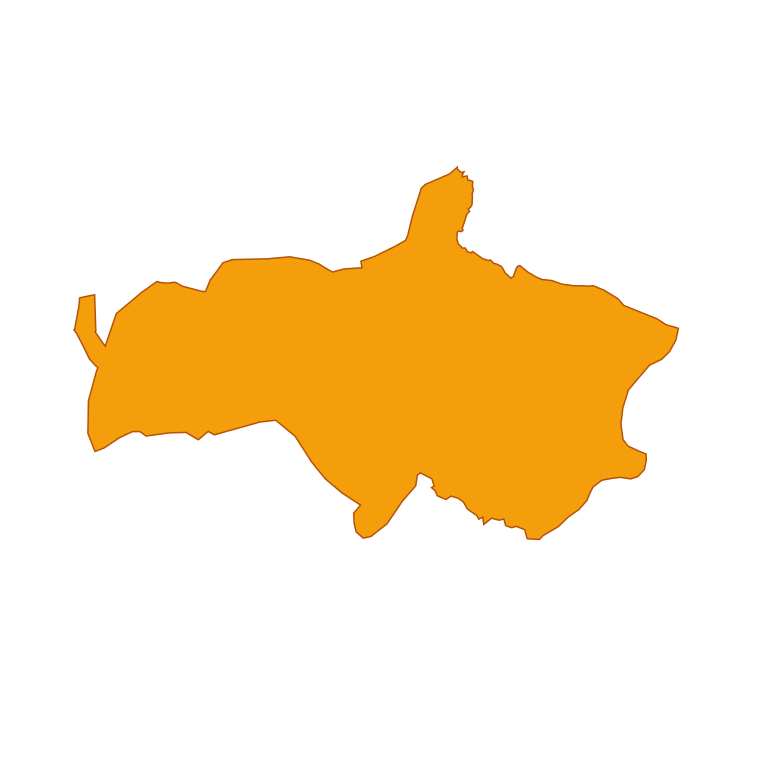 the district of Careysburg, Montserrado, Liberia, rotated 165°
{"feature_id": "62588387B2159992345918", "entity_name": "Careysburg", "entity_type": "district", "adm_level": 2, "iso_a3": "LBR", "parent_name": "Liberia", "parent_adm1": "Montserrado", "projection": "robinson", "projection_center": [-10.552, 6.442], "detail": "fine", "context": "isolated", "style": "filled", "palette": "amber", "viewbox_px": 768, "rotation_deg": 165, "n_neighbors": 0, "source": "geoboundaries", "source_scale": "gbopen_adm2", "svg_char_len": 3251}
<svg xmlns="http://www.w3.org/2000/svg" viewBox="0 0 768 768"><g transform="rotate(165 384 384)"><path d="M508.2,542.8L511.1,540.4L517.1,535.5L518.3,534.6L524.4,529.9L524.7,529.7L532.5,519.5L536.3,520.8L542.0,524.1L553.6,530.7L554.4,531.6L558.4,535.5L559.9,536.5L561.2,536.7L566.3,537.2L566.5,537.2L574.9,540.4L575.5,540.7L575.5,541.1L576.8,541.7L577.3,541.6L594.4,535.2L621.9,522.4L624.4,521.2L642.7,493.9L642.7,494.0L643.6,492.7L649.6,509.2L648.7,509.5L640.4,545.1L648.3,545.6L655.4,546.0L655.5,545.7L655.8,545.7L658.7,537.8L668.5,517.2L669.5,516.6L668.7,514.7L668.5,514.0L667.8,512.4L665.8,503.1L664.1,495.3L663.0,489.4L662.0,484.3L658.4,477.3L657.5,475.9L656.2,473.9L659.0,469.8L667.8,454.6L671.1,449.1L673.9,444.1L682.8,412.9L680.6,393.6L670.7,394.7L653.3,400.6L639.4,403.1L632.1,401.2L629.7,398.3L628.1,396.4L627.3,395.3L605.9,392.6L604.3,392.4L587.8,388.5L577.8,378.2L566.1,383.7L563.1,380.8L560.9,378.8L547.4,379.0L536.7,379.1L513.6,379.4L497.9,377.0L496.8,375.4L483.4,356.6L475.9,333.2L474.2,327.6L465.4,307.9L462.8,304.1L459.5,299.3L453.2,290.2L445.4,281.4L438.0,273.1L446.7,267.1L448.8,257.8L448.9,255.2L449.2,248.4L444.0,240.5L436.2,240.1L417.6,248.0L414.6,250.5L396.3,266.3L379.7,277.4L375.4,287.3L371.9,288.8L362.3,280.0L361.9,272.6L364.9,271.6L362.3,267.7L361.4,262.2L354.0,256.4L348.4,258.4L343.5,255.4L341.9,254.4L337.9,249.5L335.8,241.7L332.5,237.7L328.4,232.8L327.5,228.9L323.1,229.9L324.0,222.5L314.9,226.5L312.1,224.9L307.9,222.6L303.2,222.6L303.1,215.7L297.9,212.2L293.2,212.3L285.8,206.9L285.7,197.5L284.7,197.1L274.1,193.6L269.6,196.4L252.6,201.1L240.6,207.7L228.0,212.4L227.2,213.0L218.1,219.0L213.7,224.9L208.9,230.3L198.7,234.6L198.2,234.6L188.4,233.9L183.6,233.2L179.9,232.7L170.3,228.5L162.8,228.9L154.8,233.8L150.4,242.3L149.0,248.6L155.2,253.2L159.1,256.5L164.4,260.9L167.5,268.6L165.5,284.2L163.3,289.5L159.4,299.3L151.1,312.3L149.5,314.9L137.1,323.6L130.1,328.3L122.8,333.4L109.1,336.1L99.7,341.5L90.7,350.9L85.2,361.6L96.4,368.4L103.1,376.0L115.7,385.5L129.4,395.8L132.1,397.9L134.2,402.1L136.0,405.9L147.2,417.7L151.2,420.7L156.5,424.8L160.4,425.4L166.9,427.5L175.1,429.7L186.6,434.6L195.1,440.5L201.6,443.0L204.3,444.0L208.7,447.4L215.8,454.5L222.1,463.2L224.3,463.1L226.5,461.3L231.1,454.4L234.1,453.5L236.5,457.3L238.2,460.0L239.9,466.8L243.4,470.2L247.0,472.4L248.9,476.1L251.4,476.4L256.3,479.5L264.2,489.1L265.9,488.1L269.2,490.3L270.3,494.3L273.0,494.9L276.0,500.2L276.0,505.5L274.1,511.3L272.8,512.6L269.8,511.1L267.9,512.0L268.1,514.2L264.3,519.8L261.3,524.7L260.5,525.7L259.9,526.4L259.8,526.9L256.7,528.5L257.3,531.3L254.8,532.2L253.9,533.1L252.6,534.4L250.4,541.2L249.6,544.9L248.6,546.2L247.2,549.0L247.5,552.1L245.8,556.7L247.6,558.1L250.4,559.4L249.8,563.4L252.0,563.7L254.7,563.7L253.9,566.2L251.8,568.3L254.8,568.3L257.5,572.7L257.1,574.4L266.4,569.9L292.4,566.1L297.3,563.4L298.0,562.3L312.9,539.1L314.8,535.7L322.8,521.1L323.7,520.0L325.6,517.7L326.2,517.1L336.9,514.3L340.2,513.6L356.8,510.3L359.9,509.7L363.5,509.4L374.5,508.6L375.2,502.0L393.1,505.5L394.7,505.5L397.0,505.5L404.8,505.5L407.3,507.9L411.6,512.3L415.8,516.8L423.9,522.9L437.9,529.3L442.2,531.3L460.2,534.4L464.4,535.1L464.8,535.2L468.0,536.0L498.2,543.4L508.2,542.8Z" fill="#f59e0b" stroke="#b45309" stroke-width="1.5"/></g></svg>